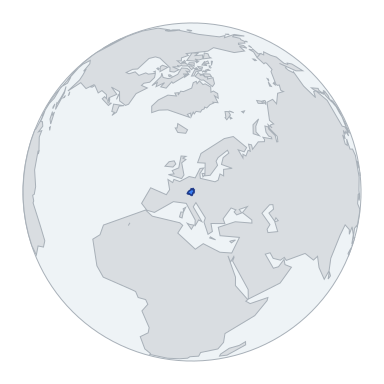 Baden-Württemberg highlighted on a globe, orthographic projection, rotated 22°
{"feature_id": "DEU-1573", "entity_name": "Baden-Württemberg", "entity_type": "State", "adm_level": 1, "iso_a3": "DEU", "parent_name": "Germany", "parent_adm1": "", "projection": "orthographic", "projection_center": [9.433, 48.664], "detail": "fine", "context": "on_globe", "style": "filled", "palette": "blue", "viewbox_px": 384, "rotation_deg": 22, "n_neighbors": 0, "source": "natural_earth", "source_scale": "10m", "svg_char_len": 11919}
<svg xmlns="http://www.w3.org/2000/svg" viewBox="0 0 384 384"><g transform="rotate(22 192 192)"><circle cx="192" cy="192" r="169" fill="#eef3f6" stroke="#a8b0b8"/><path d="M48.5,102.8L51.3,98.5L73.2,72.6L56.0,91.8L60.8,85.5L61.4,84.8L68.7,76.5L68.4,77.0L78.5,67.6L85.6,61.4L99.1,52.8L111.1,49.9L106.5,52.4L110.0,51.8L115.9,48.8L119.0,47.0L138.9,43.4L159.3,37.9L164.0,34.6L164.3,36.8L172.1,30.1L182.1,27.8L171.9,31.5L171.6,32.8L178.9,31.5L180.2,32.5L184.4,32.7L185.3,34.2L179.3,36.6L179.8,37.8L184.9,36.9L189.0,38.1L181.4,39.2L187.9,41.6L178.9,46.9L157.9,50.1L153.9,55.5L134.8,65.8L137.5,66.7L132.0,71.6L133.0,74.5L129.2,75.9L133.3,77.1L136.7,75.2L139.6,75.2L140.5,76.9L135.8,78.8L134.6,78.3L133.7,79.8L130.9,80.1L132.8,80.9L127.0,83.3L134.1,83.4L130.5,87.5L126.3,88.5L125.1,85.0L112.2,79.9L107.5,80.4L102.1,84.3L95.5,98.3L91.0,100.5L86.2,105.9L89.3,106.0L94.3,101.9L99.1,103.8L104.5,98.9L107.3,99.1L113.6,95.7L114.4,99.9L111.7,106.0L106.6,109.2L105.2,112.1L111.6,112.3L103.3,121.7L100.3,134.4L97.9,136.6L90.8,134.7L87.2,126.1L78.0,124.9L85.7,129.6L79.7,135.7L79.5,138.5L80.8,140.7L83.8,140.0L82.1,143.1L73.8,139.2L75.2,136.4L77.8,137.5L76.1,133.7L70.5,131.7L67.9,135.3L62.1,129.6L60.2,132.2L57.9,132.7L61.3,128.8L55.0,135.8L47.9,132.3L39.1,144.8L45.8,130.3L47.0,124.4L47.7,118.7L46.2,120.6L49.2,111.4L48.4,108.1L42.9,114.5L37.8,124.2L35.0,133.3L36.5,132.0L35.8,137.7L31.2,143.7L29.2,156.5L26.5,163.5L25.2,171.0L25.4,175.5L25.3,183.4L27.0,182.8L29.0,186.9L27.1,193.7L29.7,191.4L29.8,198.3L34.7,211.2L33.9,211.7L37.8,230.5L45.0,245.6L46.6,253.2L45.5,254.7L48.6,259.6L48.7,261.6L63.9,280.0L73.8,292.4L74.9,298.7L69.5,299.7L71.3,308.7L63.3,301.5L63.7,301.9L56.3,292.6L49.6,282.9L43.5,272.6L38.2,262.0L33.7,251.1L30.0,239.8L27.0,228.3L24.9,216.7L23.5,204.9L23.0,193.1L23.7,192.1L25.0,181.1L25.1,176.9L24.4,177.3L26.2,161.7L28.8,151.5L42.5,113.3L48.5,102.8ZM36.6,148.1L34.5,166.6L33.3,160.0L33.9,160.3L35.0,154.7L36.1,146.5L35.7,141.3L36.6,148.1ZM41.1,147.5L41.2,144.8L41.4,147.0L41.1,147.5ZM120.2,46.1L115.9,48.7L110.1,51.2L113.5,48.9L120.2,46.1ZM131.6,42.4L129.9,43.6L126.3,43.7L128.3,43.0L131.6,42.4ZM167.1,32.3L163.4,33.3L166.6,32.0L167.1,32.3ZM184.9,32.4L185.5,31.9L187.4,32.2L184.9,32.4ZM112.7,93.7L113.1,94.7L111.7,94.8L112.7,93.7ZM115.1,91.3L113.2,90.7L114.0,89.6L115.2,89.9L115.1,91.3ZM190.6,35.0L193.5,35.9L189.5,35.3L190.6,35.0ZM117.2,92.4L115.7,87.6L117.2,85.5L122.9,85.4L117.2,92.4ZM194.5,36.6L201.7,39.1L203.7,37.9L201.9,42.9L196.5,39.0L191.2,38.4L194.4,37.8L194.5,36.6ZM137.3,74.0L133.8,76.0L135.9,72.8L137.3,74.0ZM137.9,72.0L140.0,63.0L145.6,61.1L143.8,64.4L150.4,61.0L152.1,64.4L148.8,67.1L144.9,67.6L148.6,68.6L137.9,72.0ZM199.8,45.4L200.6,46.5L198.6,45.9L199.8,45.4ZM140.9,75.0L140.9,73.2L145.7,71.4L146.8,74.6L144.9,74.1L140.9,75.0ZM151.3,58.5L155.1,57.9L157.5,60.4L159.3,60.6L152.6,64.3L151.3,58.5ZM144.2,75.4L147.2,76.3L145.7,78.7L141.3,76.6L144.2,75.4ZM146.5,69.6L148.9,69.0L147.9,70.4L146.5,69.6ZM142.3,88.2L142.1,85.9L144.6,84.7L142.3,88.2ZM148.4,76.5L148.9,75.7L149.8,75.0L151.4,76.1L148.4,76.5ZM154.8,66.0L155.0,67.3L157.6,64.6L159.6,66.6L154.8,68.8L157.6,68.7L158.2,69.3L153.6,70.5L154.8,66.0ZM155.9,75.3L150.5,79.2L150.3,83.6L148.1,84.7L148.8,77.5L155.9,75.3ZM155.0,72.3L155.1,74.4L152.2,74.6L150.4,73.4L155.0,72.3ZM162.6,67.2L160.9,63.5L162.0,63.2L162.6,67.2ZM156.5,76.5L157.8,75.6L156.8,76.8L156.5,76.5ZM161.4,69.9L160.6,68.6L161.9,68.3L161.4,69.9ZM161.0,74.9L159.2,76.1L157.9,75.2L161.0,74.9ZM161.6,72.6L163.6,72.4L158.6,74.2L161.1,72.1L161.6,72.6ZM162.7,69.8L163.2,69.2L162.8,70.4L162.7,69.8ZM166.9,77.7L160.9,80.2L158.0,78.2L164.3,76.0L166.9,77.7ZM360.6,181.4L360.7,182.3L359.9,178.0L359.4,179.3L357.6,171.3L353.5,164.3L353.7,172.3L351.9,167.9L346.3,165.1L345.5,176.6L345.5,201.4L348.6,213.7L347.3,223.4L338.1,214.5L332.5,204.6L330.1,209.6L319.9,206.6L305.0,220.1L302.1,218.0L299.5,222.1L292.1,223.1L287.2,219.1L283.2,222.2L296.0,232.2L300.2,228.9L302.6,220.0L305.4,224.5L312.4,224.5L307.8,243.4L284.3,270.2L280.6,261.4L255.5,240.8L255.5,237.1L255.3,236.7L254.9,236.1L254.0,242.5L249.2,237.7L264.2,254.6L267.3,262.5L284.0,270.9L282.8,273.1L287.7,273.7L301.9,261.4L302.3,264.6L296.5,283.1L275.6,310.9L277.6,319.6L274.8,327.8L260.1,337.6L259.7,341.7L251.8,345.5L250.2,347.7L242.9,351.3L231.5,355.3L213.7,358.4L214.0,357.3L207.1,355.2L198.2,345.5L204.1,339.0L203.1,333.8L190.1,321.0L193.1,312.7L189.3,309.1L181.6,310.0L177.0,305.4L172.3,305.1L141.6,304.2L131.5,296.1L117.7,272.9L122.7,266.1L122.3,255.8L155.7,226.1L164.2,229.3L192.2,225.1L195.9,226.4L194.2,235.4L216.5,243.8L221.8,235.7L240.4,237.4L251.7,233.7L253.0,216.3L234.4,222.0L229.6,214.9L243.2,203.4L259.2,198.4L257.9,195.5L246.5,192.2L248.8,184.8L242.3,190.5L245.9,192.8L242.0,196.5L238.5,194.7L239.4,192.1L234.2,192.2L230.9,205.2L234.3,209.0L221.4,214.1L225.7,221.0L222.7,225.2L214.3,215.3L214.1,211.0L199.6,200.4L198.7,205.3L212.3,215.8L208.6,215.4L207.5,222.6L205.5,216.8L190.9,204.7L178.4,207.9L164.8,225.0L157.0,225.8L149.5,221.4L152.1,203.6L169.2,204.1L170.4,198.3L165.0,189.4L170.6,190.5L170.5,187.1L176.7,186.9L183.6,178.7L189.7,177.7L190.6,167.2L193.8,165.4L192.4,172.0L194.6,176.2L209.5,173.9L211.8,171.3L211.2,164.8L215.3,165.2L212.8,159.2L220.4,155.0L209.0,155.4L208.0,148.4L211.6,142.1L209.2,140.0L203.3,150.3L202.8,154.4L205.7,157.7L202.6,169.7L197.9,172.2L193.4,160.3L186.2,162.7L185.9,152.9L201.9,130.4L209.5,125.1L226.0,130.3L225.3,135.2L219.0,135.6L226.5,141.4L225.1,137.9L228.5,138.4L228.4,132.3L230.8,132.4L226.5,126.5L229.5,126.0L232.2,129.7L234.6,120.7L240.3,118.2L239.6,116.1L237.3,114.7L246.1,112.8L245.2,111.4L242.0,111.4L238.2,108.8L234.9,103.5L238.1,103.1L239.7,105.0L248.0,108.5L251.8,113.8L252.8,113.2L250.2,108.5L240.2,104.1L237.3,101.1L242.2,102.5L240.2,101.7L239.8,100.1L242.3,98.3L237.0,96.5L227.9,80.7L232.0,75.9L237.4,78.6L234.4,68.4L239.2,64.6L236.3,64.5L232.8,60.1L231.3,61.1L229.6,60.8L220.1,50.7L220.3,48.4L212.9,44.7L211.3,44.8L210.7,46.2L201.9,42.9L203.7,37.9L207.1,38.0L205.9,35.2L213.8,35.8L219.7,35.3L229.0,38.2L232.9,37.8L232.0,36.8L236.6,35.9L249.3,38.1L243.1,40.7L224.9,40.0L232.7,40.4L232.1,41.8L235.7,43.0L241.1,43.4L240.9,42.5L255.8,52.0L271.2,58.2L267.2,53.3L269.0,51.8L283.0,56.4L306.6,74.7L309.2,74.3L312.2,76.5L316.2,81.4L311.9,78.3L312.2,80.5L309.2,78.2L314.2,85.5L310.2,82.6L316.1,90.1L318.5,90.6L315.5,84.9L322.4,93.0L324.8,92.1L329.8,96.9L341.4,115.6L346.2,128.0L347.5,130.5L347.0,132.1L350.0,140.9L353.9,144.9L355.1,148.4L358.2,162.8L357.6,160.5L356.3,164.7L358.8,174.5L359.9,173.5L360.2,175.9L360.6,181.4ZM146.0,243.8L145.5,247.0L146.0,243.8ZM277.6,201.2L286.3,196.6L279.9,188.6L282.7,186.3L279.5,184.5L279.4,188.0L271.2,182.7L274.0,177.4L271.7,173.4L268.7,174.8L264.8,185.5L276.5,193.0L275.6,198.4L277.6,201.2ZM34.9,211.5L35.3,214.4L34.4,212.3L34.9,211.5ZM31.9,161.6L32.0,164.5L31.7,166.9L31.3,165.2L31.9,161.6ZM36.2,184.6L37.0,188.2L35.6,185.5L36.2,184.6ZM34.5,169.3L35.5,181.9L33.0,177.5L32.5,169.7L33.6,173.5L34.5,169.3ZM38.5,149.9L38.3,152.1L37.5,152.8L38.5,149.9ZM41.2,149.1L41.1,148.5L41.7,146.7L41.2,149.1ZM80.2,135.9L80.8,136.4L81.6,138.9L80.1,138.6L80.2,135.9ZM92.1,146.3L89.1,151.0L90.2,147.2L87.5,147.4L86.4,139.9L96.7,137.4L92.2,139.7L92.1,146.3ZM87.7,129.6L87.3,134.4L87.4,129.3L87.7,129.6ZM163.8,169.8L166.5,172.1L165.0,176.0L157.3,178.2L159.4,172.5L163.8,169.8ZM170.7,174.6L168.4,162.7L173.1,161.2L170.8,164.0L174.2,164.2L171.5,168.8L178.2,179.3L177.3,183.5L163.6,184.7L168.6,181.9L165.6,179.6L170.7,174.6ZM154.2,138.2L153.2,133.9L164.6,136.0L164.2,139.9L156.5,142.1L152.5,138.9L154.2,138.2ZM127.5,93.5L126.4,92.3L127.7,91.6L129.7,92.1L127.5,93.5ZM142.0,87.2L133.6,98.3L132.0,97.4L129.1,105.4L123.6,106.2L125.6,100.9L119.2,107.8L118.8,103.4L115.0,108.4L120.1,96.5L119.5,93.1L122.3,96.6L127.4,95.8L129.4,94.5L134.7,88.2L135.9,80.9L141.2,79.2L144.6,80.1L145.1,81.6L141.5,82.1L144.7,83.8L140.0,85.7L142.0,87.2ZM181.2,95.2L176.9,94.4L182.6,99.5L177.8,100.9L178.8,101.4L176.0,104.2L174.2,108.5L171.8,108.6L172.2,110.3L170.3,112.2L170.0,114.7L165.6,115.7L164.8,118.8L163.2,117.5L163.0,122.6L161.2,119.3L158.6,121.8L161.8,123.7L138.8,124.9L130.7,128.5L124.9,133.5L122.5,127.5L126.3,119.3L133.4,111.2L141.6,108.8L139.0,106.7L142.2,105.0L142.9,107.3L143.7,102.8L146.5,102.1L152.8,95.8L152.2,90.1L154.5,87.8L156.1,89.7L157.3,86.2L161.9,88.3L163.7,86.8L170.0,87.6L172.2,92.4L174.0,90.4L178.9,91.1L181.2,95.2ZM168.6,78.1L172.3,83.2L171.5,86.6L160.8,83.8L158.5,84.9L151.6,83.6L153.0,78.9L154.8,79.7L156.9,79.3L155.6,80.9L158.2,79.4L160.9,80.5L163.6,79.6L164.0,81.5L168.6,78.1ZM199.3,222.8L202.0,222.9L206.1,222.0L205.4,226.8L199.3,222.8ZM189.2,214.7L191.5,213.9L192.5,219.8L189.7,219.8L189.2,214.7ZM191.9,208.6L191.6,213.4L190.1,210.8L191.9,208.6ZM194.4,171.0L196.8,170.0L197.4,171.5L196.5,173.9L194.4,171.0ZM197.2,112.0L194.8,110.7L195.3,109.8L192.5,105.0L195.8,103.8L198.8,106.2L197.2,112.0ZM250.3,220.2L247.6,224.4L245.6,223.5L247.0,222.2L250.3,220.2ZM225.8,226.7L231.8,227.5L225.6,228.0L225.8,226.7ZM200.3,109.9L198.8,108.1L201.4,108.7L200.3,109.9ZM198.1,102.7L201.0,102.9L195.9,103.1L198.1,102.7ZM299.0,313.6L285.6,330.1L279.0,333.8L279.2,331.6L285.1,322.9L293.3,316.5L297.7,310.7L299.0,313.6ZM361.0,192.2L359.7,190.5L360.2,186.1L360.7,183.5L361.0,192.2ZM349.1,214.2L351.8,217.9L350.8,221.7L349.1,214.2ZM349.2,133.5L350.2,137.3L349.4,135.9L347.6,130.2L349.2,133.5ZM333.6,101.2L336.7,105.4L338.0,107.5L336.9,106.3L333.6,101.2ZM226.4,99.3L226.5,107.1L228.8,112.3L233.5,114.6L226.9,115.0L223.4,106.8L226.4,99.3ZM227.4,82.9L223.2,81.2L224.9,80.0L226.1,80.2L227.4,82.9ZM224.9,83.3L220.1,85.0L217.7,82.9L222.0,81.9L224.9,83.3ZM210.3,97.1L210.1,99.4L208.0,98.8L210.3,97.1ZM342.0,114.2L341.3,112.9L340.2,110.9L342.0,114.2ZM310.4,72.7L308.7,71.5L306.3,68.8L308.1,70.4L310.4,72.7ZM296.6,60.0L305.0,67.8L311.5,74.7L311.2,73.8L315.8,78.1L314.3,77.8L307.2,70.7L302.9,66.1L298.9,63.2L293.7,58.9L289.7,56.9L286.3,54.6L288.6,55.1L296.6,60.0ZM288.1,56.3L279.2,52.3L276.0,48.8L277.3,48.9L282.7,52.1L284.0,53.7L288.1,56.3ZM276.1,50.4L277.3,52.0L266.7,51.6L263.7,50.7L270.1,48.7L271.6,50.2L274.7,51.1L276.1,50.4ZM202.2,46.0L200.8,46.5L201.1,45.5L202.2,46.0ZM228.8,61.5L226.6,60.9L227.0,59.6L228.8,61.5ZM220.6,58.7L221.7,60.5L219.2,58.7L220.6,58.7ZM224.3,64.7L221.4,61.3L226.1,64.4L224.3,64.7Z" fill="#d9dde1" stroke="#a8b0b8" stroke-width="1"/><path d="M192.2,195.3L191.7,195.0L191.5,194.9L191.4,194.9L191.2,194.9L191.1,195.0L190.9,195.0L190.8,194.9L190.7,194.8L190.6,194.7L190.4,194.6L190.2,194.6L190.3,194.6L190.2,194.6L190.0,194.8L189.9,194.8L190.0,194.9L190.1,195.0L190.3,194.9L190.4,195.0L190.2,195.1L189.9,195.2L189.7,195.1L189.4,195.1L189.2,195.2L188.9,195.1L188.7,195.2L188.5,195.3L188.4,195.2L188.5,195.1L188.4,195.1L188.3,194.9L188.2,194.9L188.2,194.7L188.3,194.4L188.3,194.2L188.4,193.9L188.3,193.6L188.4,193.4L188.6,193.2L188.7,192.9L188.7,192.7L188.8,192.5L188.8,192.4L188.8,192.2L189.0,192.0L189.0,191.9L189.1,191.7L189.3,191.7L189.5,191.3L189.6,191.2L189.8,191.0L189.9,190.7L190.0,190.4L190.2,190.1L190.2,189.9L190.2,189.7L190.1,189.4L190.3,189.4L190.4,189.2L190.6,189.2L190.6,189.3L190.7,189.5L190.8,189.5L191.0,189.5L190.9,189.6L190.8,189.8L191.0,189.8L191.0,189.7L191.3,189.5L191.4,189.4L191.5,189.3L191.7,189.2L191.8,189.1L192.0,189.1L192.0,188.9L191.9,188.9L191.9,189.0L191.9,188.9L191.8,188.7L192.0,188.7L192.3,188.7L192.4,188.8L192.4,189.0L192.5,189.0L192.5,188.9L192.6,189.0L192.6,188.9L192.8,189.0L192.8,189.3L193.0,189.4L193.0,189.5L193.2,189.4L193.3,189.4L193.3,189.5L193.4,189.9L193.3,190.0L193.4,190.3L193.4,190.5L193.5,190.5L193.6,190.8L193.8,190.9L193.8,191.0L194.0,191.1L194.0,191.3L194.0,191.5L193.9,191.7L194.0,191.8L194.0,192.0L193.9,192.0L193.9,191.9L194.0,191.9L193.9,191.9L193.8,192.0L193.8,191.9L193.7,191.9L193.6,192.0L193.8,192.1L193.7,192.2L193.7,192.3L193.6,192.5L193.4,192.6L193.2,192.6L193.1,192.8L193.2,193.1L193.3,193.2L193.3,193.5L193.4,193.8L193.3,194.0L193.3,194.3L193.4,194.5L193.4,194.8L193.3,195.0L193.2,194.9L193.0,195.0L192.9,194.9L192.7,195.1L192.4,195.1L192.2,195.3Z" fill="#3b82f6" stroke="#1e3a8a" stroke-width="1.5"/></g></svg>